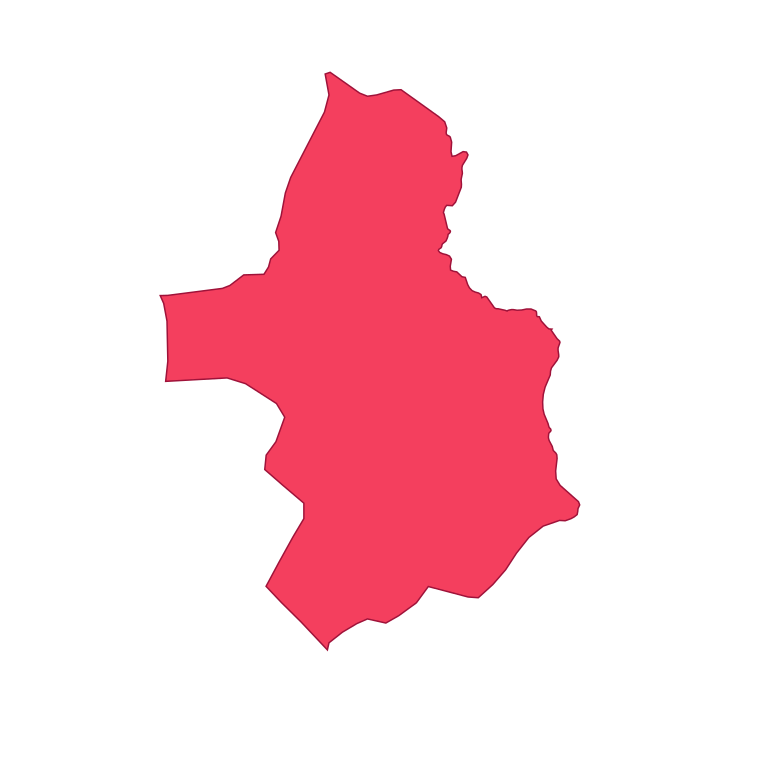 an SVG outline of Katavi, rotated 36°
{"feature_id": "TZA-5584", "entity_name": "Katavi", "entity_type": "Region", "adm_level": 1, "iso_a3": "TZA", "parent_name": "United Republic of Tanzania", "parent_adm1": "", "projection": "robinson", "projection_center": [31.46, -6.489], "detail": "fine", "context": "isolated", "style": "filled", "palette": "rose", "viewbox_px": 768, "rotation_deg": 36, "n_neighbors": 0, "source": "natural_earth", "source_scale": "10m", "svg_char_len": 2570}
<svg xmlns="http://www.w3.org/2000/svg" viewBox="0 0 768 768"><g transform="rotate(36 384 384)"><path d="M205.8,510.2L195.7,492.6L171.5,460.7L158.4,448.3L151.0,444.0L157.0,439.4L197.1,401.6L201.4,394.9L206.4,378.2L222.4,365.8L221.8,357.2L218.8,349.4L220.5,337.5L215.1,330.5L207.3,325.2L202.1,308.8L191.9,287.4L187.1,271.7L176.0,199.0L169.6,182.5L154.2,167.8L157.2,163.5L193.3,163.0L201.5,160.9L208.2,154.4L219.1,140.5L224.8,135.9L271.3,135.6L279.0,136.2L284.3,140.0L286.6,144.2L287.8,145.3L288.8,145.5L291.3,145.1L292.5,145.3L296.6,148.6L301.6,156.6L305.2,159.8L307.8,157.2L311.4,149.5L314.4,147.9L317.3,149.3L318.3,152.8L318.9,161.0L319.9,163.2L321.0,164.7L322.3,166.0L323.6,167.5L325.7,172.2L326.4,173.5L329.3,176.9L330.9,179.4L335.0,194.8L334.5,199.6L329.7,202.6L329.6,204.9L330.1,207.1L331.2,210.2L331.8,210.8L332.6,211.1L343.8,220.7L344.7,221.1L347.1,221.0L347.9,221.3L348.4,222.6L348.3,223.8L347.9,225.2L348.8,226.9L349.4,228.7L350.1,231.9L348.9,236.3L349.1,237.2L349.9,239.0L350.1,240.2L349.2,242.9L349.6,244.2L351.8,244.8L355.0,244.1L358.4,242.7L361.8,242.0L365.2,243.4L368.4,249.8L370.9,252.7L373.8,252.0L377.0,250.5L384.0,251.4L387.1,250.0L393.3,254.4L396.6,256.0L400.4,256.7L403.8,256.0L407.0,254.8L409.9,254.6L412.4,256.7L414.2,253.7L416.0,253.2L428.6,257.5L430.4,257.2L432.2,256.0L438.6,253.2L440.7,252.6L440.8,252.0L441.7,250.7L443.6,248.7L444.9,247.8L448.3,246.1L451.9,243.2L455.1,239.7L458.9,236.9L463.8,235.7L464.8,236.0L465.7,236.9L467.3,238.9L468.3,239.4L469.0,239.1L469.6,238.5L470.2,238.3L474.2,240.6L482.0,242.3L485.0,242.5L487.6,240.9L487.6,242.2L497.3,245.6L500.9,246.1L501.9,246.9L502.5,248.7L503.1,250.8L503.7,252.6L505.0,254.4L508.2,257.7L509.4,259.3L510.1,263.0L510.0,272.4L511.1,275.6L513.2,279.0L516.2,291.9L519.0,298.8L522.9,305.3L527.2,310.7L531.3,314.3L540.0,319.6L542.3,321.5L543.3,322.1L545.4,322.5L546.4,323.4L546.6,324.3L546.3,326.5L546.4,327.3L548.2,330.3L549.1,331.3L550.9,332.7L556.8,335.6L560.0,338.3L563.7,338.9L565.4,339.7L567.8,342.5L574.0,353.5L579.1,359.6L586.1,362.5L610.5,364.9L613.4,366.8L614.2,370.8L615.7,373.3L617.0,376.1L616.0,379.7L614.4,383.1L611.0,388.1L606.2,391.2L596.3,405.4L591.4,423.0L590.6,442.9L591.6,462.8L589.9,482.3L585.9,501.5L577.2,506.9L538.9,521.8L538.8,542.0L532.1,562.8L526.0,576.3L508.7,583.8L502.8,593.9L496.2,609.3L491.6,625.7L494.5,632.4L457.0,625.3L429.5,621.1L407.5,617.0L403.8,589.9L400.2,560.8L398.3,540.0L389.2,527.5L361.7,525.4L337.8,523.3L330.5,510.8L330.5,494.2L323.2,469.2L308.5,463.0L271.8,465.1L253.5,471.3L205.8,510.2Z" fill="#f43f5e" stroke="#9f1239" stroke-width="1.5"/></g></svg>